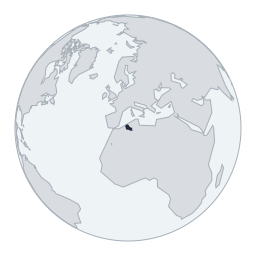 Djelfa highlighted on a globe, orthographic projection, rotated 343°
{"feature_id": "DZA-2212", "entity_name": "Djelfa", "entity_type": "Province", "adm_level": 1, "iso_a3": "DZA", "parent_name": "Algeria", "parent_adm1": "", "projection": "orthographic", "projection_center": [3.218, 34.323], "detail": "fine", "context": "on_globe", "style": "filled", "palette": "slate", "viewbox_px": 256, "rotation_deg": 343, "n_neighbors": 0, "source": "natural_earth", "source_scale": "10m", "svg_char_len": 10071}
<svg xmlns="http://www.w3.org/2000/svg" viewBox="0 0 256 256"><g transform="rotate(343 128 128)"><circle cx="128" cy="128" r="113" fill="#eef3f6" stroke="#a8b0b8"/><path d="M61.6,37.0L68.7,32.7L65.8,34.6L68.3,33.3L72.1,30.9L74.0,29.7L87.7,24.4L100.9,19.9L103.5,18.6L104.1,19.0L108.2,17.2L112.6,16.4L113.3,16.3L108.3,17.3L108.4,17.5L113.0,16.6L114.1,16.7L117.0,16.4L117.9,16.6L114.3,17.6L114.8,17.8L118.0,17.3L121.0,17.4L116.1,18.1L120.8,18.5L115.6,20.8L101.8,23.8L99.8,26.3L87.9,32.9L89.8,32.9L86.6,35.8L87.6,37.0L85.1,38.2L88.1,38.2L90.2,36.9L92.2,36.5L93.0,37.2L90.0,38.7L89.1,38.6L88.6,39.4L86.8,39.9L88.1,40.0L84.4,42.0L89.3,41.1L87.2,43.6L84.4,44.6L83.2,43.1L73.7,42.7L70.5,43.8L67.1,46.6L63.8,54.5L60.9,56.5L57.9,60.3L60.2,59.6L63.3,56.6L66.9,56.6L70.3,53.2L72.2,52.8L76.3,50.1L77.2,52.1L75.9,55.7L72.6,58.1L71.9,59.9L76.4,59.0L71.4,65.4L70.3,73.0L68.8,74.7L63.7,74.8L60.5,70.7L53.8,71.9L59.7,72.9L55.9,77.5L56.0,79.1L57.1,80.1L59.1,79.1L58.2,81.2L52.0,80.7L52.8,78.8L54.7,78.9L53.2,77.1L49.0,77.3L47.4,79.9L42.8,78.4L41.6,80.3L39.9,81.2L42.1,78.2L38.1,83.8L32.3,84.6L26.7,94.8L30.5,84.5L30.8,81.3L30.7,78.6L29.7,80.1L30.9,75.1L29.7,74.9L25.8,81.2L22.7,88.5L21.8,93.1L23.0,91.0L23.2,93.6L19.7,100.2L19.5,107.1L17.6,113.3L17.1,118.5L17.8,120.3L18.3,124.9L19.8,122.9L21.8,124.0L20.6,129.7L22.6,126.4L23.0,130.9L27.6,137.0L27.0,137.8L30.6,149.6L36.5,157.9L37.9,163.2L37.0,165.0L39.4,167.6L39.5,169.3L51.0,178.9L58.3,186.4L59.0,191.7L54.7,195.1L55.2,205.0L48.7,203.5L50.0,206.9L50.0,209.1L45.7,204.9L48.1,207.4L42.3,201.2L37.1,194.5L32.3,187.4L28.1,180.0L26.4,176.5L24.3,171.8L20.9,163.0L16.5,144.0L16.3,140.1L16.0,136.2L17.2,132.4L17.8,123.9L17.6,121.4L16.8,122.8L17.1,113.2L18.4,105.8L22.6,88.2L25.8,80.7L29.5,73.4L33.7,66.4L38.4,59.8L43.5,53.5L49.1,47.6L55.2,42.1L61.6,37.0ZM25.0,97.8L24.9,108.7L23.4,105.8L23.9,105.6L24.3,102.0L24.4,97.3L23.5,95.2L25.0,97.8ZM28.5,95.2L28.4,93.8L28.7,94.8L28.5,95.2ZM74.7,29.3L72.1,30.9L68.2,33.2L70.3,31.7L74.7,29.3ZM82.2,25.7L81.3,26.3L78.7,27.3L80.0,26.6L82.2,25.7ZM105.2,17.9L102.8,18.5L104.8,18.0L105.2,17.9ZM117.2,16.3L117.6,16.2L118.9,16.1L117.2,16.3ZM75.5,49.2L75.8,49.6L74.9,49.9L75.5,49.2ZM76.9,47.7L75.5,47.7L76.0,46.9L76.8,47.0L76.9,47.7ZM121.5,16.5L123.6,16.6L120.9,16.6L121.5,16.5ZM78.5,47.9L77.0,45.7L77.8,44.5L81.7,43.6L78.5,47.9ZM124.4,16.8L129.5,17.2L130.7,16.9L130.3,18.4L126.1,17.3L122.5,17.4L124.5,17.1L124.4,16.8ZM90.5,36.2L88.3,37.6L89.4,35.9L90.5,36.2ZM90.7,35.2L91.1,31.0L94.8,29.5L93.9,31.1L98.0,28.9L99.6,30.2L97.6,31.7L95.0,32.4L97.6,32.4L90.7,35.2ZM129.2,19.3L129.9,19.7L128.5,19.5L129.2,19.3ZM93.1,36.2L92.9,35.4L96.0,34.0L97.0,35.4L95.7,35.4L93.1,36.2ZM98.3,27.8L100.8,27.1L102.8,27.9L104.0,27.8L99.9,30.1L98.3,27.8ZM95.4,36.1L97.5,36.2L96.7,37.5L93.5,37.0L95.4,36.1ZM96.4,33.1L97.9,32.6L97.4,33.3L96.4,33.1ZM95.3,42.5L94.9,41.4L96.5,40.6L95.3,42.5ZM98.3,36.2L98.6,35.7L99.2,35.3L100.4,35.7L98.3,36.2ZM101.6,30.6L101.9,31.2L103.4,29.7L104.9,30.4L101.9,31.9L103.8,31.6L104.3,31.8L101.3,32.8L101.6,30.6ZM103.3,34.9L100.0,37.2L100.3,39.4L98.9,40.2L98.7,36.6L103.3,34.9ZM102.4,33.5L102.7,34.5L100.8,34.9L99.4,34.5L102.4,33.5ZM107.0,30.5L105.4,29.0L106.2,28.7L107.0,30.5ZM103.8,35.4L104.6,34.8L104.1,35.5L103.8,35.4ZM106.4,31.8L105.8,31.3L106.6,31.0L106.4,31.8ZM106.7,34.2L105.7,34.9L104.7,34.6L106.7,34.2ZM106.9,33.0L108.2,32.8L105.0,34.1L106.5,32.8L106.9,33.0ZM107.3,31.7L107.6,31.3L107.5,31.9L107.3,31.7ZM111.0,35.1L107.2,36.8L105.1,36.0L109.0,34.5L111.0,35.1ZM158.7,19.6L156.3,19.3L144.7,17.7L149.7,18.3L149.6,18.6L152.0,19.1L155.5,19.7L155.3,19.4L166.0,23.6L176.4,27.6L173.2,25.5L174.0,25.5L183.0,29.7L199.5,41.0L203.4,44.4L203.6,44.5L201.6,42.7L205.5,46.5L202.8,44.2L207.2,48.5L208.6,49.6L206.1,46.9L211.1,52.0L211.5,52.4L218.1,60.4L223.9,69.0L228.9,78.0L231.4,83.5L231.9,84.4L236.8,99.0L238.6,106.5L239.2,109.8L237.9,103.5L235.5,96.7L236.2,101.3L235.0,97.8L231.8,93.8L232.2,100.3L233.6,116.1L235.8,125.7L235.4,132.1L230.0,122.9L226.2,114.9L225.1,117.8L218.8,114.0L210.3,121.1L208.3,119.4L206.9,121.9L202.4,121.9L199.1,118.8L196.7,120.6L205.1,128.5L207.7,126.6L208.7,120.8L210.7,124.1L215.0,125.0L212.8,137.7L199.0,154.9L196.5,148.1L179.8,132.1L179.6,129.5L179.5,129.2L179.2,128.8L178.9,133.2L175.7,129.8L185.9,142.2L188.1,148.1L198.9,155.5L198.1,157.1L201.3,158.0L209.7,150.3L210.0,152.7L206.8,166.3L194.0,186.8L195.0,195.0L192.9,202.6L183.5,210.4L182.8,215.0L177.7,218.3L176.5,220.9L171.5,224.6L163.9,228.6L152.4,230.9L152.8,229.0L148.8,225.7L143.8,214.9L147.9,208.5L147.4,203.7L139.0,193.0L140.9,186.0L138.3,183.3L133.3,184.4L130.2,181.0L127.0,181.0L106.2,183.1L99.2,177.8L89.2,161.8L92.5,156.0L91.9,148.6L113.5,124.5L119.4,126.1L137.8,121.7L140.4,122.5L139.6,128.6L154.6,133.9L157.8,128.2L169.9,129.4L177.1,127.0L177.1,115.2L165.4,118.8L161.9,114.0L170.2,106.5L180.3,103.6L179.3,101.7L171.7,99.2L172.8,94.6L169.0,98.1L171.4,99.6L169.1,102.0L166.7,100.8L167.2,99.1L163.8,99.1L162.3,107.6L164.7,110.1L156.6,113.6L159.7,118.2L157.9,121.0L152.0,114.4L151.6,111.6L141.5,105.0L141.2,108.3L150.7,114.8L148.2,114.6L147.8,119.5L146.2,115.7L136.0,108.1L127.8,110.9L119.6,123.2L114.4,124.2L109.1,121.9L110.0,109.8L121.5,108.9L122.0,105.0L117.9,99.7L121.7,100.0L121.5,97.8L125.6,97.3L129.8,91.7L133.7,90.8L133.7,84.2L135.7,83.0L135.2,87.1L136.9,89.7L146.5,87.8L147.9,86.1L147.1,82.1L149.9,82.3L147.8,78.7L152.6,76.0L145.1,76.4L144.0,72.2L145.9,68.4L144.2,67.2L141.0,73.4L141.0,75.9L143.1,77.9L141.8,85.3L138.8,87.0L135.1,79.9L130.5,81.7L129.6,75.7L138.7,61.8L143.3,58.5L154.5,61.3L154.4,64.1L150.3,64.4L155.6,67.8L154.4,65.7L156.7,66.0L156.2,62.4L157.8,62.5L154.6,59.1L156.5,58.8L158.5,60.9L159.3,55.8L162.9,54.5L162.3,53.3L160.7,52.5L166.2,51.6L165.5,50.8L163.4,50.8L160.8,49.2L158.2,46.3L160.2,46.2L161.4,47.2L167.1,49.3L170.0,52.3L170.5,52.0L168.5,49.4L161.7,46.8L159.5,45.1L162.8,45.9L161.5,45.5L161.0,44.6L162.5,43.7L158.9,42.7L151.5,34.5L153.7,32.3L157.5,33.7L154.5,28.8L157.2,27.3L155.3,27.1L152.5,25.1L151.7,25.5L150.5,25.4L143.1,21.1L143.0,20.3L137.7,18.9L136.7,18.9L136.5,19.4L130.3,18.4L130.7,16.9L132.9,16.9L131.6,16.2L136.9,16.4L140.6,16.5L147.0,17.5L149.4,17.7L148.7,17.5L151.3,17.8L154.6,18.5L158.7,19.6ZM107.7,137.6L107.5,139.9L107.7,137.6ZM192.2,106.2L197.4,103.8L193.0,98.2L194.6,96.9L192.5,95.6L192.6,97.8L187.1,94.0L188.6,90.8L186.9,88.1L185.0,88.9L183.2,95.5L191.0,100.8L190.7,104.3L192.2,106.2ZM27.8,137.1L28.2,138.9L27.4,138.0L27.8,137.1ZM22.3,107.5L22.7,109.0L22.6,110.5L22.2,109.8L22.3,107.5ZM27.4,118.7L28.2,120.7L27.0,119.6L27.4,118.7ZM25.1,110.3L26.7,117.4L24.5,115.9L23.5,111.6L24.7,113.2L25.1,110.3ZM26.7,97.7L26.7,99.0L26.1,99.7L26.7,97.7ZM28.7,96.0L28.6,95.8L28.9,94.6L28.7,96.0ZM56.3,77.5L56.8,77.6L57.5,78.9L56.4,79.0L56.3,77.5ZM65.4,81.2L63.7,84.5L64.2,82.1L62.3,82.7L60.9,78.5L68.0,75.3L65.0,77.4L65.4,81.2ZM61.1,72.5L61.2,75.2L60.8,72.4L61.1,72.5ZM115.9,87.3L117.9,88.6L117.1,91.1L112.1,93.1L113.2,89.3L115.9,87.3ZM120.9,89.9L118.6,82.7L121.6,81.4L120.3,83.3L122.6,83.2L121.0,86.2L126.2,92.4L125.8,95.1L116.7,96.8L119.9,94.6L117.8,93.4L120.9,89.9ZM107.4,69.0L106.5,66.5L114.3,66.9L114.3,69.2L109.3,71.1L106.3,69.5L107.4,69.0ZM85.7,47.0L84.8,46.5L85.6,46.0L87.1,46.0L85.7,47.0ZM95.0,42.1L90.3,48.7L89.1,48.4L87.9,53.0L84.1,54.1L85.1,51.1L81.3,55.5L80.6,53.3L78.4,56.4L80.9,49.5L80.1,47.9L82.4,49.2L85.8,48.2L87.1,47.2L90.1,43.4L90.3,39.7L93.7,38.3L96.1,38.3L96.6,39.0L94.2,39.6L96.6,40.1L93.5,41.6L95.0,42.1ZM122.2,43.1L119.2,42.9L123.5,45.3L120.4,46.3L121.1,46.5L119.4,48.2L118.6,50.7L117.0,50.8L117.4,51.7L116.3,53.0L116.3,54.3L113.4,55.2L113.2,57.0L111.9,56.4L112.3,59.3L110.7,57.5L109.2,59.1L111.5,60.0L96.1,62.7L90.8,65.6L87.2,69.1L85.1,66.0L87.1,60.9L91.3,55.6L96.7,53.4L94.8,52.6L96.8,51.3L97.5,52.5L97.6,50.0L99.4,49.3L103.2,45.4L102.2,42.5L103.6,41.1L104.9,42.0L105.3,40.1L108.7,40.8L109.7,39.9L114.0,39.8L115.9,42.2L116.9,41.0L120.3,41.1L122.2,43.1ZM112.2,35.2L115.1,37.4L114.9,39.2L107.4,38.6L106.0,39.3L101.2,39.3L101.7,36.9L103.0,37.1L104.4,36.7L103.7,37.6L105.3,36.6L107.2,36.9L108.9,36.3L109.4,37.2L112.2,35.2ZM142.4,119.9L144.2,119.9L146.9,119.2L146.6,122.4L142.4,119.9ZM135.3,114.8L136.8,114.2L137.8,118.2L135.9,118.3L135.3,114.8ZM136.9,110.7L136.9,113.9L135.7,112.2L136.9,110.7ZM136.5,86.5L138.0,85.7L138.5,86.6L138.0,88.2L136.5,86.5ZM134.2,51.5L132.5,50.9L132.8,50.3L130.5,47.8L132.6,47.0L134.8,48.2L134.2,51.5ZM175.6,117.8L174.0,120.6L172.7,119.9L173.5,119.1L175.6,117.8ZM160.0,122.0L164.0,122.5L159.9,122.9L160.0,122.0ZM136.1,50.2L134.9,49.2L136.7,49.5L136.1,50.2ZM134.0,46.4L136.0,46.4L132.6,46.7L134.0,46.4ZM207.8,194.0L198.8,208.7L194.7,210.9L195.2,208.0L199.3,199.8L204.4,195.3L207.2,190.6L207.8,194.0ZM240.2,117.8L240.1,116.8L239.9,115.4L240.2,117.8ZM236.1,126.3L237.6,130.2L237.2,132.4L236.1,126.3ZM152.3,44.0L153.0,48.2L155.0,51.1L158.2,52.4L153.9,52.6L151.0,48.1L152.3,44.0ZM151.4,35.6L148.6,34.8L149.6,34.2L150.3,34.3L151.4,35.6ZM149.9,35.8L146.9,36.7L145.1,35.6L147.8,35.1L149.9,35.8ZM141.6,43.0L141.7,44.3L140.2,44.0L141.6,43.0ZM178.1,27.1L172.6,25.0L170.7,24.3L174.1,25.2L175.3,25.8L177.0,26.6L178.1,27.1ZM130.9,19.5L130.0,19.7L130.1,19.3L130.9,19.5ZM150.1,25.6L148.6,25.3L148.7,24.8L150.1,25.6ZM144.5,24.3L145.4,25.1L143.6,24.3L144.5,24.3ZM147.6,27.0L145.3,25.5L148.7,26.9L147.6,27.0Z" fill="#d9dde1" stroke="#a8b0b8" stroke-width="1"/><path d="M130.9,130.9L129.6,130.5L129.5,130.3L129.4,130.2L128.7,129.5L128.0,128.7L127.9,128.5L127.9,128.4L127.8,128.2L127.7,128.1L127.4,128.2L127.4,128.3L127.1,128.4L127.1,128.5L127.1,128.8L126.9,128.8L126.8,128.6L126.8,128.4L126.7,128.3L126.7,128.2L126.6,127.9L126.5,127.7L126.6,127.4L126.6,127.1L126.8,126.9L126.9,126.7L127.0,126.6L126.7,126.3L126.6,126.2L126.5,125.8L126.8,125.7L127.0,125.8L127.2,125.7L127.3,125.6L127.5,125.5L127.5,125.4L127.5,125.2L127.7,125.3L127.8,125.3L128.0,125.3L128.0,125.2L128.3,125.2L128.3,125.3L128.5,125.5L128.8,125.7L128.8,125.8L128.7,125.9L128.7,126.0L128.4,126.4L128.5,126.5L128.6,126.8L128.7,127.0L128.8,127.1L129.1,127.1L129.1,127.3L129.2,127.6L129.3,127.7L129.3,127.8L129.4,128.0L129.5,128.1L129.6,128.3L129.8,128.4L129.8,128.6L129.9,128.8L131.1,129.4L130.9,129.7L130.9,129.9L130.9,130.1L130.9,130.9Z" fill="#64748b" stroke="#1e293b" stroke-width="1.5"/></g></svg>